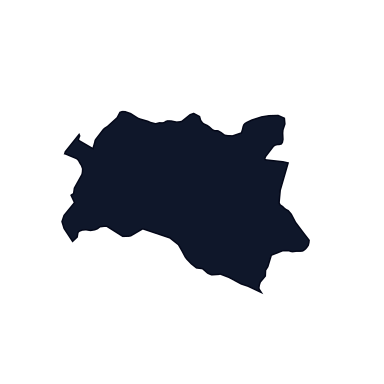 map outline of Shemgang (Robinson projection), rotated 132°
{"feature_id": "BTN-2485", "entity_name": "Shemgang", "entity_type": "District", "adm_level": 1, "iso_a3": "BTN", "parent_name": "Bhutan", "parent_adm1": "", "projection": "robinson", "projection_center": [90.837, 27.078], "detail": "fine", "context": "isolated", "style": "filled", "palette": "ink", "viewbox_px": 384, "rotation_deg": 132, "n_neighbors": 0, "source": "natural_earth", "source_scale": "10m", "svg_char_len": 2064}
<svg xmlns="http://www.w3.org/2000/svg" viewBox="0 0 384 384"><g transform="rotate(132 192 192)"><path d="M248.7,312.2L246.8,313.1L224.8,314.4L225.5,313.0L227.7,312.2L228.6,311.7L229.5,310.8L226.1,294.6L220.1,297.5L218.8,298.3L217.6,298.7L204.8,299.7L203.0,299.5L199.8,298.6L186.9,297.3L181.0,298.8L179.0,297.7L177.1,295.5L174.8,290.1L173.4,281.6L172.6,279.5L169.0,272.1L168.2,269.5L165.7,264.7L162.4,262.5L160.5,260.2L159.0,259.1L157.0,258.6L155.5,257.7L153.2,255.0L150.4,250.2L148.0,248.0L146.3,246.8L135.8,245.1L132.5,243.3L130.9,236.9L133.0,233.5L133.7,230.3L133.4,228.4L132.4,225.2L132.1,222.8L132.1,218.5L131.4,216.3L129.2,213.7L128.4,210.2L128.0,205.8L126.4,203.3L123.2,199.4L115.0,194.8L112.1,196.1L109.2,197.7L107.4,198.4L105.6,198.4L103.6,197.8L98.5,195.7L89.6,190.5L83.8,185.8L77.5,179.2L75.4,172.7L79.3,168.5L85.0,166.0L87.5,164.1L92.1,159.6L94.6,158.1L96.5,157.8L98.2,158.9L99.7,160.4L101.3,161.5L103.4,162.1L116.3,161.1L118.3,160.4L119.0,159.5L118.5,158.3L108.6,144.5L106.1,140.0L131.7,127.6L141.7,120.1L142.6,118.2L142.5,116.8L142.3,115.7L142.2,114.6L142.3,113.5L142.3,112.2L142.2,110.8L141.5,108.0L142.1,103.4L145.3,94.8L147.9,81.5L149.5,72.7L151.4,71.3L153.8,70.0L156.0,69.7L158.0,69.6L159.7,69.8L161.7,70.3L163.2,71.6L166.1,74.8L169.1,77.4L170.0,78.8L170.7,80.6L174.9,85.3L185.9,90.8L196.8,85.7L200.9,85.0L205.4,81.3L213.3,81.0L216.0,79.8L218.2,78.4L219.2,77.3L220.3,73.3L224.5,87.3L227.4,93.9L230.7,107.4L234.1,116.2L235.3,117.0L240.4,122.0L241.3,124.4L241.8,126.1L241.9,132.9L245.4,137.9L245.8,144.4L245.3,151.0L244.8,153.5L242.6,159.5L240.2,166.8L240.9,177.7L252.3,204.0L265.5,208.2L267.1,209.4L271.3,213.8L274.5,232.5L276.5,234.6L279.5,237.2L282.5,237.7L285.1,239.0L288.5,241.7L291.0,245.6L293.7,248.1L296.6,249.6L298.4,249.7L302.3,247.2L308.6,247.7L304.7,262.6L301.0,268.8L295.0,271.4L278.5,272.2L275.3,279.7L274.3,279.5L272.9,279.0L272.1,279.1L267.8,282.0L252.5,285.5L250.4,286.8L247.9,288.8L246.2,291.9L245.6,294.2L244.6,297.0L244.3,298.5L244.4,300.2L248.6,312.1L248.7,312.2Z" fill="#0f172a" stroke="#020617" stroke-width="1.5"/></g></svg>